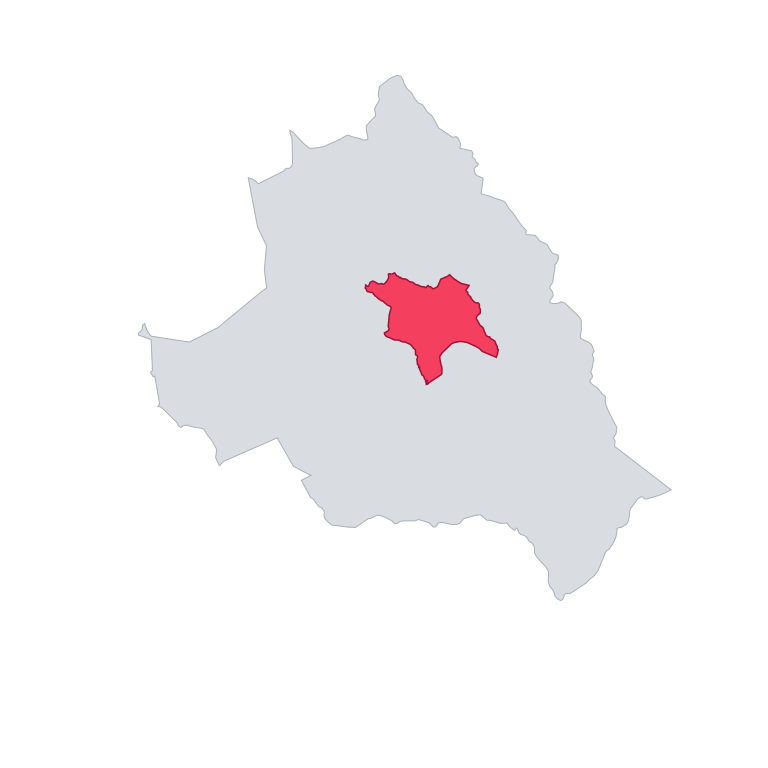 Cochabamba on a map of Bolivia (Natural Earth projection), rotated 154°
{"feature_id": "BOL-1291", "entity_name": "Cochabamba", "entity_type": "Department", "adm_level": 1, "iso_a3": "BOL", "parent_name": "Bolivia", "parent_adm1": "", "projection": "natural_earth1", "projection_center": [-65.4, -17.184], "detail": "fine", "context": "in_parent", "style": "filled", "palette": "rose", "viewbox_px": 768, "rotation_deg": 154, "n_neighbors": 0, "source": "natural_earth", "source_scale": "10m", "svg_char_len": 8465}
<svg xmlns="http://www.w3.org/2000/svg" viewBox="0 0 768 768"><g transform="rotate(154 384 384)"><path d="M176.5,438.1L175.5,428.6L174.0,426.3L171.8,424.7L171.1,422.8L171.9,420.8L176.1,416.9L178.4,416.2L179.0,414.2L186.7,403.0L189.0,400.7L191.8,399.1L192.9,397.7L192.3,393.6L192.5,390.9L193.4,389.1L198.6,385.9L199.1,385.2L198.9,384.1L196.6,382.0L192.0,380.2L188.9,380.4L185.9,377.4L179.7,360.4L178.7,356.4L178.7,354.9L182.8,346.4L187.3,339.7L186.8,338.2L181.7,331.6L180.2,328.4L180.7,321.5L183.6,319.5L185.0,313.3L186.3,312.3L189.0,308.1L192.8,304.3L193.1,299.6L194.2,298.4L197.4,296.9L197.8,295.7L197.0,292.6L195.4,289.3L194.1,287.7L192.3,279.6L190.5,275.6L192.5,272.0L193.7,267.9L194.1,263.2L193.8,242.5L197.6,237.3L199.6,236.3L201.5,234.5L201.3,231.3L204.1,226.9L172.3,163.0L184.6,163.2L198.1,165.4L200.4,166.8L200.9,169.0L202.4,170.0L206.1,169.5L217.1,164.0L218.7,162.2L222.5,156.1L225.5,152.8L228.4,151.6L233.9,151.1L235.7,152.0L237.9,151.9L239.9,148.5L242.8,144.6L248.7,139.8L251.7,138.5L253.5,136.9L256.7,136.6L259.5,134.9L273.0,122.8L278.4,119.7L284.7,118.3L289.5,116.6L301.5,114.9L309.2,114.2L311.7,115.9L314.4,115.4L316.8,112.7L318.8,111.9L320.2,111.9L322.3,115.1L323.3,118.5L322.6,121.1L322.7,124.9L323.7,129.8L323.1,134.2L318.8,142.3L318.4,144.7L318.6,147.9L320.0,153.2L322.4,160.6L322.8,166.0L321.1,169.5L320.3,172.6L320.4,175.1L321.0,176.9L322.1,178.0L322.7,180.0L322.8,183.1L324.2,186.1L326.9,188.9L328.0,191.7L327.5,194.3L327.6,195.9L328.4,196.5L330.1,195.3L331.0,195.5L332.9,199.2L334.2,202.9L334.5,205.2L340.2,207.5L347.9,214.6L351.4,216.6L354.7,224.3L360.5,226.1L371.7,228.0L377.0,225.6L380.5,225.9L384.1,227.6L392.6,234.3L396.0,235.4L398.4,233.7L400.7,233.1L402.4,233.8L404.2,239.4L410.6,245.5L413.0,247.3L415.8,247.2L427.6,252.9L430.7,253.4L433.8,253.0L435.9,254.0L436.7,257.4L441.9,264.2L444.4,266.8L447.4,269.1L454.9,269.1L457.2,269.8L472.5,267.6L478.2,270.6L492.6,280.0L495.5,286.1L496.1,289.5L495.3,292.8L494.0,294.2L493.6,296.3L494.1,299.5L496.3,302.4L498.3,312.2L499.7,314.2L500.5,333.6L489.6,334.0L491.4,335.9L501.5,349.7L503.6,382.4L561.1,384.8L562.6,384.7L566.8,382.9L567.9,383.0L567.6,391.5L563.4,398.1L563.1,400.2L563.6,408.8L565.1,415.9L565.7,422.2L567.4,424.2L572.4,427.5L579.8,433.7L582.8,434.5L585.4,433.7L586.9,436.2L587.1,440.3L593.7,458.9L594.9,461.4L596.9,462.7L596.5,463.6L594.8,464.0L594.1,465.4L586.5,491.6L588.3,491.7L588.7,497.0L586.5,497.4L585.8,498.5L573.9,525.9L583.2,535.7L582.3,537.3L577.6,538.8L575.0,542.8L572.7,543.3L573.5,536.5L572.8,530.5L572.2,529.0L540.6,507.0L508.5,507.5L455.9,520.2L447.3,521.8L441.6,538.8L429.0,559.8L428.8,580.6L415.6,628.9L412.3,625.9L409.9,621.3L409.3,619.2L408.9,619.1L380.0,619.4L378.6,620.4L376.5,620.4L375.0,619.5L373.6,619.5L371.4,620.4L369.6,622.2L359.4,644.2L358.0,652.2L357.4,653.5L355.7,650.7L350.5,634.6L347.7,628.7L344.4,626.9L334.2,623.8L315.9,623.2L310.1,623.8L307.2,623.4L304.1,620.1L297.2,614.3L295.8,612.4L293.1,611.2L291.5,611.1L290.6,612.2L288.0,621.4L286.5,624.0L277.0,627.7L274.5,628.2L273.1,630.4L272.6,633.4L271.4,636.2L264.8,640.3L263.3,642.1L262.6,646.2L257.8,653.3L244.4,656.1L240.0,656.0L237.0,655.6L234.0,653.3L233.6,649.4L234.2,645.3L233.9,639.7L231.5,633.1L231.6,630.9L231.3,627.7L230.1,621.6L227.0,618.5L225.7,609.0L223.1,603.5L222.7,590.3L214.3,575.7L210.9,574.7L210.0,573.8L209.6,571.7L209.8,566.3L212.5,562.5L203.4,555.5L202.9,553.7L202.9,552.1L205.3,549.3L203.7,545.8L203.9,542.6L202.8,541.3L202.9,540.3L203.9,539.4L208.4,538.4L209.7,535.1L209.8,532.5L209.1,530.6L205.0,525.8L204.9,525.0L213.0,513.1L212.8,512.1L212.0,511.0L207.5,507.4L202.6,501.9L199.2,499.0L196.6,496.2L195.3,493.8L194.9,487.4L193.2,481.0L190.8,465.5L188.9,459.8L190.8,456.8L190.7,455.9L183.0,451.5L181.3,444.4L176.5,438.1Z" fill="#d9dde1" stroke="#a8b0b8" stroke-width="1"/><path d="M264.3,435.3L268.8,432.6L269.2,432.2L269.5,431.9L269.4,431.3L269.2,430.9L268.9,430.5L268.7,430.1L268.5,429.7L269.2,428.1L268.7,425.9L268.4,425.5L268.1,425.0L268.0,424.6L267.9,424.0L268.1,422.7L267.5,419.8L267.3,419.1L267.1,418.6L266.6,417.8L266.1,417.2L265.7,416.5L264.1,415.8L263.6,415.2L263.4,414.5L263.5,413.6L263.8,412.7L263.9,412.4L264.5,411.5L264.7,411.0L264.7,410.7L264.6,409.8L264.7,409.0L264.9,408.3L265.6,406.9L266.3,405.7L267.1,405.2L269.2,404.9L270.1,404.6L271.0,404.1L271.8,403.3L272.3,402.5L272.4,401.8L272.3,401.2L272.1,399.2L272.1,398.7L272.1,395.6L271.8,394.4L270.7,392.3L270.3,391.2L270.3,390.1L270.7,388.1L270.9,382.9L270.7,382.3L269.9,381.3L269.6,380.7L268.4,380.1L268.3,379.8L268.4,379.2L268.3,378.3L268.0,377.6L266.9,376.3L266.4,375.3L265.7,374.3L265.6,374.0L265.6,373.6L265.9,370.6L265.9,369.5L265.8,368.6L265.8,368.1L265.9,367.6L266.1,367.1L266.4,366.7L266.6,366.3L266.7,365.6L266.6,365.3L266.5,365.2L266.3,365.1L266.2,365.0L266.1,364.8L267.2,363.5L268.5,361.7L271.4,358.8L281.3,370.1L281.6,370.9L282.2,372.6L282.6,373.9L282.8,374.3L284.8,377.3L290.6,384.3L291.3,385.0L294.8,387.6L296.5,388.6L299.3,389.6L303.0,390.5L304.7,390.6L305.9,390.5L318.1,386.5L321.5,384.6L322.0,383.9L322.5,382.8L324.4,376.1L324.4,374.8L324.5,374.2L325.6,371.5L327.3,368.2L328.4,367.4L341.8,365.6L345.2,364.7L345.7,365.0L346.2,365.1L345.9,366.0L345.5,366.1L344.5,366.1L345.3,366.9L345.5,367.4L345.5,368.0L345.0,367.8L344.5,367.6L344.1,367.6L343.6,368.0L344.2,368.6L344.7,369.2L345.1,370.0L345.3,370.9L345.3,371.4L345.2,371.7L345.1,371.9L345.0,372.1L345.0,373.6L345.2,374.4L345.9,375.5L346.0,376.1L345.9,376.8L345.6,377.4L345.5,378.2L345.8,379.1L345.5,379.9L345.5,380.6L345.6,381.4L345.5,382.2L344.7,383.3L344.7,383.8L345.5,383.9L344.9,385.1L344.8,385.4L344.8,385.8L345.2,386.3L345.3,386.7L345.2,387.3L344.1,390.2L344.1,390.3L343.8,391.5L343.5,391.9L342.7,392.5L342.4,392.9L342.1,393.5L341.8,394.2L341.8,394.9L341.9,395.5L342.2,395.8L342.5,395.9L342.7,396.1L342.8,396.5L342.7,396.8L341.5,399.2L341.3,400.1L340.9,400.9L340.9,401.4L341.0,401.8L341.5,402.5L341.7,402.9L341.8,403.2L341.9,404.0L342.7,407.3L343.2,408.3L346.5,412.4L347.3,412.9L348.1,413.2L348.4,413.4L348.8,413.7L351.0,416.3L351.5,416.8L353.6,418.2L354.5,418.5L354.8,418.7L356.0,419.7L359.0,423.6L360.6,425.1L360.8,425.4L361.0,425.7L361.3,426.7L361.6,427.4L361.7,428.2L361.5,428.9L361.3,429.7L360.7,429.8L360.1,429.9L359.7,429.7L359.4,429.7L358.6,429.9L358.3,430.0L357.6,429.9L357.2,429.9L356.8,430.1L355.5,431.1L355.3,431.4L355.1,431.9L355.1,432.3L355.1,433.2L355.1,433.6L354.9,434.0L349.3,443.3L348.6,444.3L345.7,447.6L344.9,448.3L344.4,449.0L344.2,450.1L344.4,451.0L344.6,451.4L346.2,453.2L346.6,454.1L347.8,456.6L348.5,458.6L349.0,459.2L349.3,459.5L349.7,459.8L349.9,460.2L350.2,460.6L350.7,461.6L351.4,462.7L352.0,463.8L352.4,465.4L352.9,466.5L353.3,466.9L353.5,467.1L353.6,467.3L353.6,467.8L353.6,468.1L353.5,468.3L353.5,468.6L353.5,468.8L354.0,469.2L354.1,469.4L354.0,470.1L354.0,470.4L354.1,470.7L354.4,471.2L354.6,471.5L354.9,471.7L355.5,472.0L355.9,472.2L356.4,472.7L357.0,473.3L357.3,473.6L358.1,474.1L358.4,474.3L358.5,474.5L358.6,475.0L358.5,476.6L358.5,477.0L358.6,477.4L358.8,478.0L358.8,478.3L358.7,478.6L357.8,479.7L357.1,481.0L356.8,480.6L356.6,480.3L356.3,479.3L356.1,479.0L355.4,478.7L354.6,479.0L352.2,481.2L351.8,481.4L351.2,481.5L349.4,481.5L348.9,481.4L348.6,481.2L348.1,480.3L347.8,480.0L347.1,479.4L346.8,479.0L346.3,477.8L346.2,477.6L345.8,477.4L345.5,477.1L345.1,476.2L344.4,475.7L342.8,475.7L342.1,475.4L341.8,475.1L341.4,474.3L341.2,474.1L340.5,473.9L339.7,474.0L337.2,474.8L335.3,475.8L334.0,476.8L333.2,477.6L332.9,478.1L332.6,478.7L332.3,479.9L332.1,480.5L331.7,480.9L331.3,480.9L330.8,480.7L329.2,479.5L328.6,479.2L327.9,479.1L326.6,479.4L326.0,479.3L325.5,478.7L325.4,477.8L325.4,476.7L325.3,475.7L324.9,475.3L324.5,475.2L324.1,474.8L323.8,474.3L323.6,473.9L323.4,472.5L323.0,472.4L322.6,472.5L322.3,472.5L322.1,472.1L322.1,471.7L322.0,471.3L321.9,470.9L321.4,470.7L320.2,469.9L319.9,469.5L319.7,469.4L319.0,469.2L318.8,469.1L317.7,467.8L316.2,464.9L314.9,463.7L314.4,463.4L313.7,462.9L313.2,462.3L312.8,461.1L312.4,460.3L311.6,459.2L310.3,458.3L309.7,457.8L309.4,457.0L307.3,454.9L305.2,453.6L304.5,452.5L303.8,452.5L301.5,453.2L301.1,453.1L300.9,452.0L300.7,451.7L300.3,451.4L299.9,451.3L299.5,450.9L299.0,450.0L298.6,448.9L298.4,448.1L297.7,448.1L297.3,448.0L296.9,447.9L295.7,447.8L294.3,447.9L293.3,448.2L292.9,448.3L290.1,450.6L289.3,451.3L287.3,453.1L286.9,453.4L286.6,453.4L286.2,453.4L284.4,453.1L282.3,453.2L280.9,453.0L280.7,452.9L280.3,452.9L279.5,453.0L277.1,453.5L275.2,448.2L272.5,443.6L270.7,440.9L270.1,440.2L264.3,435.3Z" fill="#f43f5e" stroke="#9f1239" stroke-width="1.5"/></g></svg>